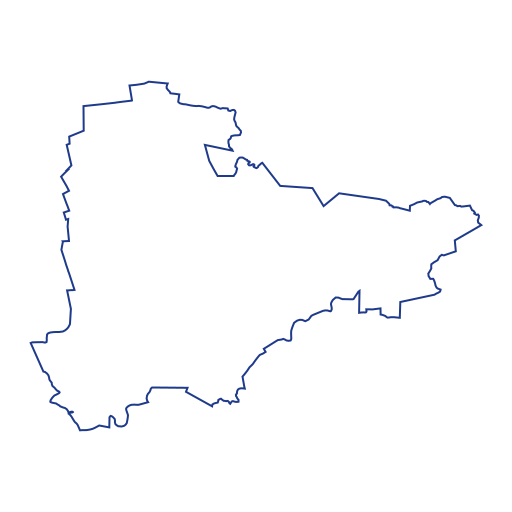 Saltabarranca, Veracruz, Mexico (Albers equal-area conic projection), rotated 270°
{"feature_id": "50627088B82399899546067", "entity_name": "Saltabarranca", "entity_type": "district", "adm_level": 2, "iso_a3": "MEX", "parent_name": "Mexico", "parent_adm1": "Veracruz", "projection": "albers", "projection_center": [-95.526, 18.547], "detail": "fine", "context": "isolated", "style": "outline", "palette": "blue", "viewbox_px": 512, "rotation_deg": 270, "n_neighbors": 0, "source": "geoboundaries", "source_scale": "gbopen_adm2", "svg_char_len": 5983}
<svg xmlns="http://www.w3.org/2000/svg" viewBox="0 0 512 512"><g transform="rotate(270 256 256)"><path d="M405.9,83.5L381.3,83.7L375.4,69.2L368.3,69.6L367.2,66.7L346.6,71.4L342.0,67.0L342.0,67.8L338.5,64.2L335.3,61.1L326.2,66.4L321.2,69.0L318.0,63.0L315.7,63.8L308.4,66.5L306.2,67.4L301.3,69.2L299.5,63.8L292.3,66.0L293.0,68.2L285.4,67.6L271.0,69.0L270.7,62.7L270.3,62.9L267.2,62.3L262.2,61.4L251.0,65.0L247.0,66.2L241.8,68.0L240.5,68.3L240.0,68.6L238.0,69.3L222.1,74.5L221.9,73.1L221.9,71.3L221.6,68.2L221.6,67.1L203.1,70.9L188.6,70.0L187.4,69.8L186.6,69.3L184.7,68.3L183.2,67.0L181.7,65.2L180.5,62.9L180.0,59.1L180.0,56.1L179.9,53.6L179.5,50.3L178.8,48.3L177.6,47.1L173.9,46.7L171.9,46.8L169.9,46.5L169.4,45.1L169.9,42.3L169.8,39.4L169.8,37.3L169.7,34.2L169.7,32.4L169.0,30.7L140.4,43.4L140.1,44.9L138.6,46.9L136.7,48.4L134.5,49.1L132.9,49.3L131.7,49.8L129.3,51.7L127.5,51.9L126.0,52.5L124.2,54.6L122.7,55.8L121.2,57.3L120.6,58.8L119.9,59.5L119.5,59.6L118.9,59.1L117.3,56.2L116.5,54.4L115.4,53.3L113.9,52.0L111.7,50.6L110.2,50.3L109.9,50.6L109.3,52.2L108.5,56.2L107.6,57.4L106.5,59.4L105.7,60.1L104.4,63.4L104.2,64.4L103.9,65.1L102.9,66.6L101.3,67.8L100.3,68.3L99.2,68.5L99.5,68.9L99.9,69.9L100.2,70.9L100.3,71.5L100.3,72.3L100.1,72.8L99.9,72.9L99.6,72.5L99.5,71.9L99.4,71.2L99.2,70.2L98.8,69.6L98.0,69.1L96.7,70.5L95.2,71.6L91.2,74.0L89.7,75.1L88.6,76.5L87.1,77.6L85.6,78.3L81.7,80.0L81.9,83.1L81.9,86.5L82.4,89.7L83.2,92.7L84.2,94.9L85.9,98.1L86.5,99.2L84.6,109.3L94.7,109.5L95.5,110.0L96.1,110.7L95.7,111.8L95.2,112.6L94.1,113.7L93.0,114.7L91.1,115.0L89.6,114.9L87.8,115.5L86.8,116.6L85.8,118.2L85.5,121.6L86.1,123.9L87.2,125.5L89.0,126.8L93.3,127.6L96.7,128.0L98.1,127.6L100.9,126.6L102.4,126.2L103.3,126.1L104.3,126.6L105.6,128.0L106.5,129.5L107.1,131.1L107.3,133.0L107.3,135.0L107.2,137.3L107.2,138.5L107.5,139.7L109.8,148.1L111.3,147.2L113.5,146.6L116.2,147.0L118.1,147.9L119.9,149.5L121.7,150.4L123.3,150.8L124.5,152.1L124.2,187.5L120.2,186.0L105.7,212.1L107.5,212.4L108.4,213.8L109.0,215.7L109.4,217.7L110.3,218.1L112.0,218.3L113.2,220.3L113.2,221.2L112.5,221.8L112.0,222.6L111.2,223.6L111.1,225.1L110.8,226.1L111.1,227.3L111.0,227.9L110.6,228.3L110.1,228.9L109.2,229.2L108.6,229.7L108.2,230.2L109.9,231.3L110.6,231.9L110.9,232.9L110.3,234.8L110.1,235.9L110.1,237.3L110.3,238.5L112.2,238.5L113.1,237.7L114.0,237.1L114.9,236.8L115.8,236.1L117.2,235.9L118.0,236.4L118.4,236.9L119.9,237.0L120.9,237.2L122.4,237.9L123.3,239.2L123.7,240.9L123.7,242.3L123.4,244.8L125.3,244.3L135.4,242.5L137.6,244.4L141.2,247.2L144.7,249.5L147.8,252.7L151.8,255.5L155.4,258.3L157.1,259.8L158.4,262.9L159.4,264.5L160.1,265.6L163.2,263.8L171.3,276.8L171.9,277.8L172.5,281.7L173.1,283.2L172.6,284.6L171.5,286.6L171.3,288.0L171.2,288.6L171.4,289.9L171.5,290.6L172.1,290.9L172.8,291.2L174.0,291.3L175.2,291.2L179.4,291.1L181.6,291.3L182.8,291.7L184.7,292.3L189.2,294.1L191.3,297.0L192.2,299.7L192.1,302.2L190.8,305.3L192.5,308.7L196.2,311.4L197.2,313.3L201.2,323.1L201.6,325.5L201.5,327.5L200.7,330.2L200.9,330.9L202.5,331.7L204.2,331.7L207.6,331.0L208.8,331.1L210.4,331.8L212.1,332.9L214.5,335.7L214.4,338.4L212.9,342.2L212.7,352.8L213.0,353.6L220.2,358.3L221.1,359.5L199.2,359.1L199.5,361.4L199.6,363.5L199.5,365.0L199.7,366.0L200.5,366.5L202.7,366.3L202.6,372.6L203.6,380.5L197.5,380.6L197.2,382.1L196.6,383.9L195.9,385.5L194.9,386.6L194.4,387.6L194.5,389.1L194.8,390.8L194.8,394.0L194.2,399.8L210.0,400.3L217.3,434.5L218.6,436.6L218.9,437.5L219.6,438.8L220.5,440.1L222.4,440.6L223.5,437.6L224.5,436.5L226.6,435.5L228.9,435.0L231.6,434.1L233.2,433.2L233.1,430.3L235.9,428.6L238.4,428.3L241.1,430.0L243.5,431.3L245.0,431.2L247.7,431.3L249.7,434.0L251.8,437.6L255.5,439.6L257.2,441.8L256.6,443.8L260.7,455.8L271.6,454.8L286.9,481.3L289.4,478.2L291.6,477.8L294.4,478.8L296.3,478.9L297.5,478.0L297.1,476.6L298.4,474.3L299.3,474.9L301.2,473.5L301.8,472.1L306.4,469.9L305.6,463.7L305.4,461.3L306.1,460.0L305.8,457.5L306.7,456.1L306.9,454.9L314.1,449.8L315.3,444.9L315.0,442.1L313.8,440.5L312.8,437.3L311.4,435.1L308.7,430.4L308.0,429.9L310.0,428.3L310.1,426.9L310.9,426.2L311.2,425.0L311.1,423.1L310.6,422.3L309.5,417.2L307.7,413.8L306.2,410.0L301.3,409.8L303.0,403.3L303.8,400.0L304.4,398.6L304.7,396.2L304.6,393.5L305.3,393.2L305.3,392.5L305.8,392.4L306.6,391.4L306.7,389.6L308.1,389.3L311.3,386.0L313.0,379.0L318.7,339.1L305.9,323.6L323.9,312.5L326.1,280.2L349.2,262.3L348.6,261.2L347.9,260.5L346.1,258.4L344.8,257.9L343.9,256.6L343.9,256.3L344.2,255.6L345.2,253.7L345.7,253.5L346.3,254.2L347.1,254.4L347.8,253.7L347.8,252.9L347.3,252.0L346.7,250.6L346.7,249.1L347.7,248.2L348.8,248.4L349.3,249.5L350.0,249.8L350.3,249.6L350.7,248.9L351.2,247.3L352.1,247.1L352.6,245.6L353.5,244.3L354.4,242.8L354.5,240.8L354.3,239.4L352.2,237.5L350.2,237.0L347.8,235.9L345.9,235.3L345.3,235.3L344.6,236.4L343.2,237.1L341.7,236.6L339.9,236.2L338.5,235.5L336.6,234.0L336.0,233.7L336.0,217.6L343.0,213.6L351.2,209.2L367.1,204.9L361.3,232.6L362.2,232.2L363.2,231.5L363.9,230.3L365.7,229.0L367.2,229.0L368.7,228.5L370.5,228.4L370.8,228.4L372.1,228.6L372.4,229.1L373.1,230.2L373.9,230.7L374.9,231.0L375.6,231.1L376.0,231.8L376.5,233.8L376.7,235.5L376.7,237.0L376.8,238.7L377.0,239.9L378.6,240.6L379.5,241.0L381.2,240.8L382.4,239.6L383.9,238.6L385.2,237.1L386.3,236.2L389.6,235.5L391.1,234.6L392.7,234.1L394.9,234.4L399.6,235.6L401.3,235.0L402.1,233.9L402.0,232.5L401.6,231.3L401.0,230.2L401.5,228.3L403.5,227.7L403.7,226.3L403.7,225.2L403.9,222.6L403.5,221.5L403.3,220.4L404.3,217.7L405.3,215.8L405.8,214.0L405.9,212.5L405.4,211.0L404.6,210.0L404.2,208.5L404.3,207.1L404.9,205.2L405.7,201.9L406.1,198.6L405.9,196.7L406.1,194.0L406.5,191.1L406.9,189.2L407.7,185.5L407.8,183.4L408.6,180.1L409.6,178.7L410.2,178.2L417.6,179.3L418.1,175.6L418.7,170.4L420.2,169.8L421.8,168.2L423.7,166.7L425.4,166.6L427.3,167.2L428.5,167.7L430.3,148.8L428.5,144.6L428.3,143.8L427.2,136.5L426.5,129.5L411.6,132.0L411.4,131.9L410.3,122.5L409.4,115.7L409.3,115.4L407.8,101.9L405.9,83.5Z" fill="none" stroke="#1e3a8a" stroke-width="2"/></g></svg>